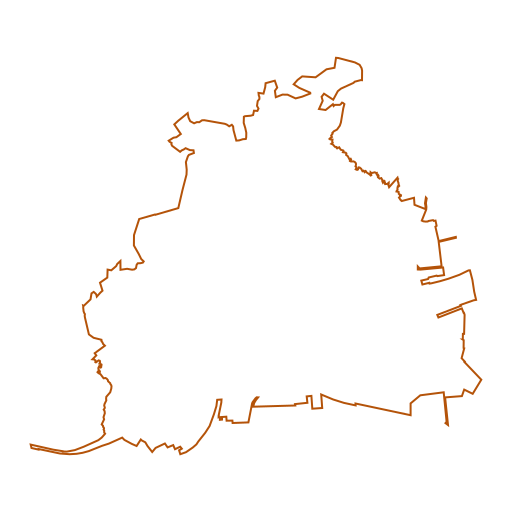 Sigulda, Siguldas, Latvia (Mercator projection)
{"feature_id": "27541924B33898392287232", "entity_name": "Sigulda", "entity_type": "district", "adm_level": 2, "iso_a3": "LVA", "parent_name": "Latvia", "parent_adm1": "Siguldas", "projection": "mercator", "projection_center": [24.841, 57.161], "detail": "fine", "context": "isolated", "style": "outline", "palette": "amber", "viewbox_px": 512, "rotation_deg": 0, "n_neighbors": 0, "source": "geoboundaries", "source_scale": "gbopen_adm2", "svg_char_len": 6018}
<svg xmlns="http://www.w3.org/2000/svg" viewBox="0 0 512 512"><path d="M31.5,448.0L38.5,449.6L38.5,449.0L59.9,453.5L69.6,454.2L76.6,453.8L82.6,452.8L88.8,451.1L102.1,445.8L108.9,443.6L122.2,437.6L124.4,439.9L131.8,443.9L136.6,446.0L140.8,439.5L141.7,440.4L145.3,442.3L147.5,446.0L152.2,452.0L155.6,447.9L164.9,443.5L167.6,447.4L173.2,445.1L175.0,449.2L180.2,446.7L181.8,448.7L179.1,450.3L180.3,454.2L186.0,452.2L192.8,447.5L196.4,444.4L198.3,441.5L205.2,432.8L209.6,426.0L213.9,414.3L216.4,406.1L217.2,399.8L221.5,399.5L221.3,402.6L218.6,415.8L218.8,415.9L218.6,417.4L220.0,417.2L219.9,419.8L222.0,419.6L222.0,417.0L226.3,416.7L226.6,420.7L232.4,420.6L232.6,423.0L248.4,422.4L252.1,403.4L252.6,402.2L255.5,398.3L256.7,397.3L258.1,397.4L255.9,400.1L254.2,402.9L253.2,406.7L295.3,405.5L295.0,404.1L307.4,402.8L306.7,396.4L311.4,395.9L312.3,408.7L322.2,408.0L321.2,394.5L333.2,399.5L344.0,402.9L355.6,405.4L355.5,403.5L410.6,415.2L410.6,403.4L420.3,395.3L443.7,392.3L446.6,421.8L445.5,423.1L448.0,425.0L445.1,397.4L461.9,396.1L464.2,389.6L472.7,393.8L481.3,379.7L464.4,362.0L464.8,361.6L461.6,358.2L464.2,348.4L463.7,348.3L463.6,347.6L463.7,340.2L462.7,339.5L462.8,339.5L462.9,333.9L464.1,333.9L464.6,314.8L464.1,313.1L463.9,312.7L463.6,312.8L461.8,308.4L438.4,317.5L437.3,314.9L460.8,305.9L460.3,305.1L461.1,304.7L473.7,300.3L476.1,299.9L474.2,291.7L472.4,279.9L469.9,270.3L468.5,270.4L459.4,274.8L448.5,278.7L440.0,281.2L431.4,283.3L429.5,283.6L429.3,282.8L422.4,284.5L421.3,280.6L428.1,279.0L428.7,277.5L436.7,275.6L437.3,276.1L444.1,275.1L443.1,267.5L420.6,269.6L417.8,269.5L417.8,266.5L419.5,268.3L421.0,268.3L441.6,266.3L438.7,241.9L455.9,237.8L455.8,236.9L438.7,241.1L435.4,226.7L436.6,225.8L435.5,220.6L433.8,220.9L433.2,220.2L432.8,220.2L428.4,221.0L427.8,221.5L425.7,221.6L423.3,221.3L421.8,220.6L426.2,209.6L426.4,207.0L425.9,203.0L426.7,198.4L425.9,197.5L425.0,203.3L425.5,206.2L425.5,209.1L414.5,204.8L414.0,197.8L401.8,201.0L401.2,200.3L400.8,200.3L399.0,197.6L400.1,196.5L400.0,196.1L400.9,195.9L401.0,195.2L398.8,193.9L398.6,191.9L396.5,191.5L396.8,190.6L397.6,189.7L397.4,188.2L397.8,186.4L398.5,186.6L399.2,185.9L398.6,184.3L398.4,182.6L397.8,181.3L397.7,179.5L398.1,179.0L397.7,178.6L397.5,177.7L389.1,187.2L388.4,185.1L388.7,183.6L388.7,182.7L387.3,183.9L385.1,184.1L384.8,183.4L385.0,182.6L384.5,181.9L384.6,181.2L384.1,180.8L382.9,182.6L382.3,181.2L382.2,179.7L381.3,178.1L379.6,178.6L377.9,177.2L377.8,176.4L378.6,175.9L378.0,174.8L377.3,175.1L376.7,174.5L376.8,172.9L376.0,173.0L374.8,172.3L371.5,173.1L370.5,172.2L370.3,173.9L371.1,174.2L371.3,175.2L370.6,175.5L370.0,174.7L366.6,172.4L365.7,171.0L365.4,170.9L364.6,172.1L363.5,170.7L362.5,171.2L361.2,168.8L359.6,167.5L358.7,167.4L358.0,169.5L357.1,169.9L355.7,169.3L356.4,168.0L356.2,166.9L355.5,166.4L356.0,164.8L355.9,163.3L354.8,162.0L353.5,161.4L351.0,161.5L349.9,161.0L350.0,160.4L350.8,160.3L351.1,159.5L350.7,158.8L349.6,159.6L347.8,156.2L346.1,154.9L346.4,153.4L345.7,152.7L343.0,152.2L343.6,151.1L343.3,150.5L340.7,149.7L339.2,147.3L337.1,148.4L336.6,147.9L336.5,147.0L334.9,146.8L333.0,144.6L331.3,143.8L332.7,142.6L332.2,141.5L332.5,139.6L330.2,139.4L329.5,138.9L330.7,137.7L331.9,137.0L331.2,135.5L332.6,133.7L332.3,133.0L333.8,131.3L337.0,129.6L339.8,125.7L340.9,122.5L343.3,108.2L344.4,104.1L342.9,102.9L342.0,102.6L340.8,104.2L339.7,104.9L334.8,104.9L333.6,106.0L332.9,104.2L325.6,110.0L319.0,109.0L322.7,100.8L321.6,96.8L324.0,93.7L333.2,99.7L337.8,91.2L341.0,88.6L353.5,82.9L354.7,81.7L360.8,80.1L362.0,80.2L362.1,70.7L361.6,68.2L359.6,64.8L354.9,62.4L338.3,58.0L336.0,57.8L334.5,67.8L326.5,69.3L315.6,77.3L302.2,76.4L297.6,79.9L293.7,84.3L299.3,87.9L310.2,92.7L310.3,93.5L302.1,96.7L295.6,98.4L287.6,94.7L282.5,94.6L275.8,97.2L274.9,90.8L277.2,87.6L274.8,80.7L265.6,83.2L265.2,87.2L263.5,93.6L258.5,92.9L258.8,95.5L259.4,97.0L259.4,99.0L257.7,101.1L257.0,105.9L258.5,108.6L257.4,110.9L254.0,110.7L253.1,115.0L250.7,115.7L245.0,116.2L243.9,116.7L243.7,122.9L245.3,128.1L246.3,132.8L246.2,137.4L245.8,139.0L242.9,139.2L239.1,140.4L236.3,140.6L233.5,130.1L233.1,126.4L231.8,124.8L229.2,126.3L226.8,124.6L224.8,123.8L204.3,120.2L202.0,120.3L199.3,122.2L196.9,122.1L194.1,123.3L190.2,121.2L188.5,117.5L187.7,113.1L178.3,120.7L174.3,124.4L180.8,134.0L176.4,137.2L173.5,137.7L168.7,140.7L169.6,141.8L171.6,142.9L171.4,144.3L172.1,145.8L180.1,151.8L181.7,150.4L183.7,149.5L185.6,148.2L189.9,150.1L193.5,150.3L193.9,153.0L188.9,154.9L187.9,156.3L185.9,162.1L186.7,169.6L186.5,174.6L182.5,190.0L178.3,208.1L155.3,214.8L155.0,214.5L139.2,219.0L134.0,235.1L133.9,245.5L138.8,254.1L141.2,259.0L143.7,261.4L142.9,262.6L140.5,263.2L137.7,263.3L136.6,264.9L136.0,268.1L134.3,269.4L132.1,269.7L127.1,268.8L120.5,269.8L120.4,261.0L117.2,264.0L116.2,266.1L111.3,270.3L107.6,269.6L107.3,277.6L100.0,282.7L102.5,290.7L100.4,292.6L96.8,296.6L96.4,294.9L95.8,293.8L93.7,291.9L91.5,293.4L90.5,299.4L83.7,305.9L83.1,305.6L83.3,306.7L83.2,307.7L83.6,311.4L84.3,313.2L84.9,314.1L84.7,315.8L84.9,317.3L88.9,334.4L93.6,337.8L101.2,339.7L101.1,340.0L101.6,340.4L101.5,341.3L102.5,342.4L103.0,343.8L104.9,345.7L94.7,353.2L96.3,355.4L92.5,359.3L94.2,359.5L95.5,360.5L95.7,361.2L95.3,362.0L95.9,362.4L98.6,360.4L99.8,360.8L100.1,362.2L99.4,363.7L101.4,364.4L101.6,364.9L101.3,365.5L101.2,367.1L100.7,367.6L100.2,367.4L100.2,366.9L100.7,366.2L100.3,365.8L99.2,366.1L98.3,368.1L98.6,369.2L98.5,369.7L99.0,370.6L98.6,371.0L98.9,371.3L99.6,370.9L99.9,371.5L99.8,372.1L97.7,371.8L97.5,372.2L98.6,373.2L100.5,374.2L103.6,378.3L105.5,378.0L106.7,378.7L107.8,380.0L108.1,381.3L110.2,383.2L110.5,384.3L111.2,385.1L111.5,386.2L111.3,388.5L110.2,392.3L106.3,396.8L106.1,398.8L106.3,400.4L104.5,404.1L104.2,405.6L104.8,407.5L104.6,408.4L103.7,409.6L104.6,411.1L104.8,413.3L103.5,417.2L104.1,419.3L101.7,424.4L103.0,425.8L103.1,426.9L103.8,427.6L104.0,428.6L103.6,429.6L104.2,430.5L104.2,432.5L105.1,433.7L101.7,437.6L98.3,440.2L83.8,446.7L74.9,450.1L66.9,451.6L62.8,451.5L62.8,451.2L53.4,449.7L30.7,444.6L31.5,448.0Z" fill="none" stroke="#b45309" stroke-width="2"/></svg>